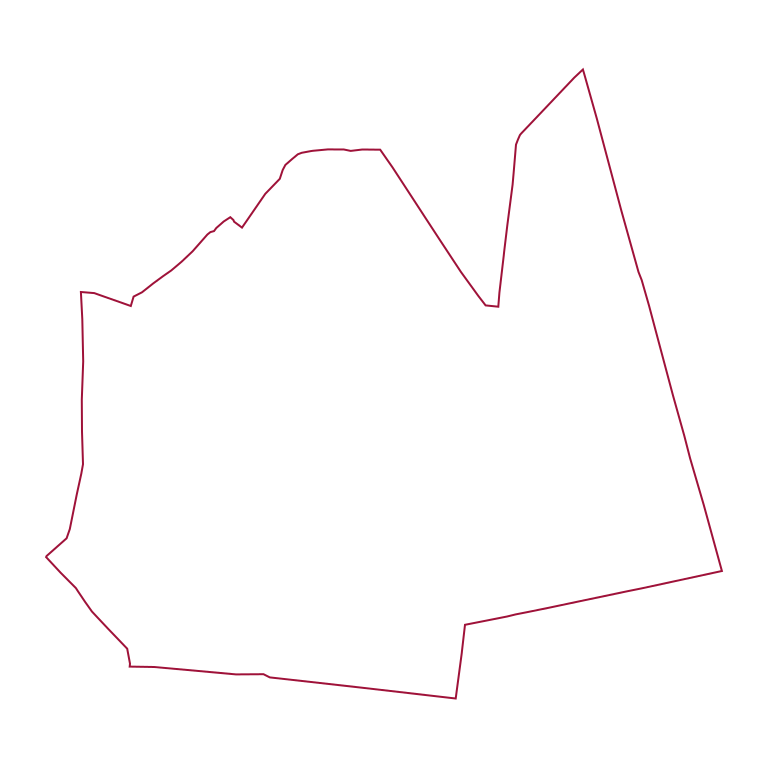 Quan 11, Hồ Chí Minh city, Vietnam
{"feature_id": "81297802B37641712637141", "entity_name": "Quan 11", "entity_type": "district", "adm_level": 2, "iso_a3": "VNM", "parent_name": "Vietnam", "parent_adm1": "Hồ Chí Minh city", "projection": "albers", "projection_center": [106.646, 10.766], "detail": "fine", "context": "isolated", "style": "outline", "palette": "rose", "viewbox_px": 768, "rotation_deg": 0, "n_neighbors": 0, "source": "geoboundaries", "source_scale": "gbopen_adm2", "svg_char_len": 1446}
<svg xmlns="http://www.w3.org/2000/svg" viewBox="0 0 768 768"><path d="M584.1,73.5L582.9,69.5L574.2,77.7L538.9,114.9L521.0,133.7L519.9,135.1L517.9,139.7L516.0,144.6L513.6,173.3L512.6,184.6L507.3,225.4L504.2,251.3L503.7,256.0L499.4,292.8L498.3,306.7L485.6,305.4L478.3,295.9L460.9,271.9L440.8,241.4L424.2,216.0L408.9,192.5L392.4,167.2L388.2,161.2L380.2,149.7L362.4,149.5L350.7,150.9L343.9,149.5L327.9,149.4L312.8,150.8L310.8,151.1L301.7,152.8L297.8,154.3L292.4,158.8L285.4,164.9L282.7,170.0L279.8,178.8L265.3,193.8L246.5,221.1L242.0,227.6L234.1,221.7L233.4,220.0L230.3,217.2L223.7,221.5L216.3,228.0L214.0,231.1L210.4,232.1L207.4,234.5L192.6,251.3L181.6,261.7L171.2,270.5L163.3,276.0L153.1,283.5L142.0,292.3L133.6,296.6L130.8,306.0L99.3,294.9L94.3,293.1L80.9,292.0L82.3,319.2L83.2,361.4L81.8,399.6L82.0,431.6L83.0,464.2L81.3,473.7L76.8,494.3L69.8,529.1L66.6,538.3L46.6,556.0L46.1,557.1L60.7,572.8L75.9,588.1L77.9,591.2L85.3,602.2L87.6,605.4L91.9,611.5L97.6,617.6L108.5,629.2L127.2,648.7L130.0,663.7L129.7,666.6L154.1,667.0L236.0,674.4L263.5,674.2L264.1,674.5L269.8,677.4L361.0,687.6L431.3,695.7L455.7,698.5L461.8,652.8L461.9,651.7L465.0,624.8L483.3,621.2L507.1,616.5L515.7,614.4L527.4,612.1L549.1,607.7L585.6,600.0L627.1,591.3L641.5,588.4L672.5,581.7L721.9,571.0L703.8,505.1L690.1,458.3L684.3,435.8L673.0,395.5L655.8,331.1L649.1,305.9L641.7,280.1L638.5,272.0L621.3,210.5L596.8,118.5L584.1,73.5Z" fill="none" stroke="#9f1239" stroke-width="2"/></svg>